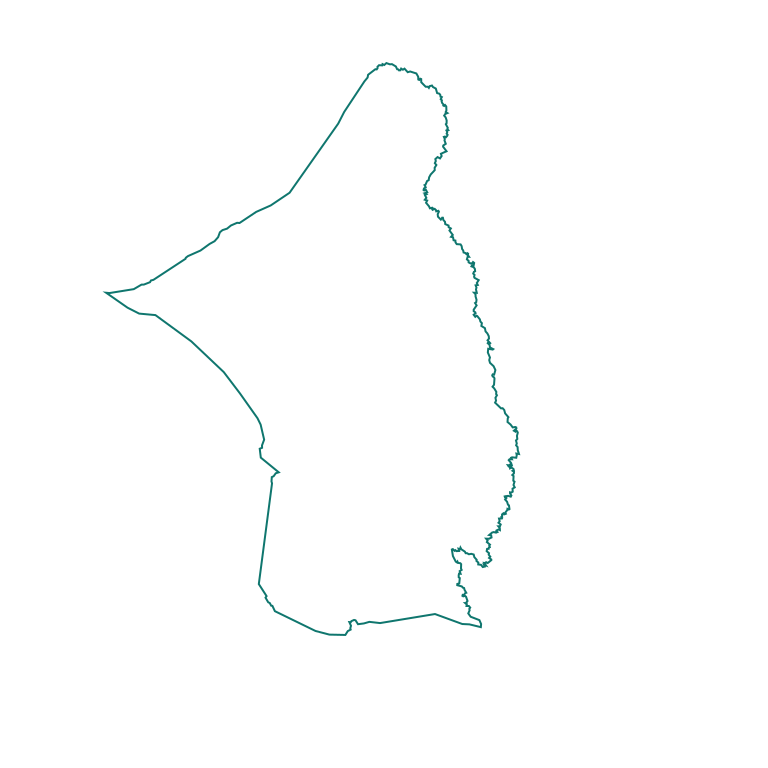 Sam Sung, Khon Kaen, Thailand (Equal Earth projection), rotated 320°
{"feature_id": "78962969B89494926735962", "entity_name": "Sam Sung", "entity_type": "district", "adm_level": 2, "iso_a3": "THA", "parent_name": "Thailand", "parent_adm1": "Khon Kaen", "projection": "equal_earth", "projection_center": [103.084, 16.556], "detail": "fine", "context": "isolated", "style": "outline", "palette": "teal", "viewbox_px": 768, "rotation_deg": 320, "n_neighbors": 0, "source": "geoboundaries", "source_scale": "gbopen_adm2", "svg_char_len": 6166}
<svg xmlns="http://www.w3.org/2000/svg" viewBox="0 0 768 768"><g transform="rotate(320 384 384)"><path d="M452.5,509.2L455.2,507.3L455.6,505.9L455.4,504.3L454.1,505.0L453.5,503.3L456.8,503.2L457.4,502.3L456.9,501.3L454.7,500.0L454.9,496.4L454.2,492.5L456.8,489.8L458.0,489.4L457.9,484.4L459.4,481.2L459.3,478.8L458.0,477.9L457.1,469.7L459.1,468.8L460.5,466.2L463.3,465.2L463.4,463.8L465.0,462.2L465.6,458.1L465.4,455.9L467.8,455.3L472.1,450.9L472.6,449.7L472.1,448.1L472.5,446.9L473.5,446.5L474.4,447.6L478.3,444.9L479.4,440.8L478.8,435.9L480.0,433.3L482.2,431.8L483.8,426.6L486.5,424.0L489.4,427.5L490.1,427.5L488.7,424.2L490.0,421.8L489.7,419.4L490.4,419.2L491.1,421.0L491.6,421.0L491.4,417.1L493.6,416.7L495.0,414.7L495.7,411.7L495.6,409.0L497.2,406.1L495.9,402.1L498.1,400.3L498.0,398.1L499.0,396.1L499.1,391.9L498.8,391.2L497.1,391.2L497.2,388.6L499.6,388.7L500.0,387.8L499.5,385.9L500.5,384.7L505.5,383.3L505.8,380.5L507.2,380.6L509.0,379.0L510.4,375.8L511.8,374.1L511.7,372.0L513.7,373.8L515.2,370.7L516.8,369.6L517.6,367.3L519.5,368.4L520.0,366.3L523.3,365.3L521.6,360.9L521.9,359.8L523.5,358.6L523.3,356.8L524.9,355.9L526.3,356.2L527.6,354.2L527.8,352.2L526.6,350.1L527.7,349.7L529.0,350.7L530.9,349.2L530.6,347.8L529.2,348.2L527.8,347.3L527.0,345.2L528.0,344.0L527.6,341.8L529.9,340.3L530.9,341.2L531.1,339.2L532.2,338.2L531.9,337.3L530.6,337.5L530.5,335.9L529.5,334.4L530.5,332.6L530.6,330.8L532.1,328.3L532.4,326.3L529.6,323.6L529.8,321.5L530.9,320.0L529.7,318.6L531.2,316.0L530.0,314.4L532.5,314.0L532.8,308.5L535.2,307.8L534.3,305.5L535.3,304.1L533.7,300.9L535.0,298.9L534.9,296.5L536.0,294.5L535.5,294.0L533.2,294.6L532.9,290.5L534.3,288.4L536.8,287.3L537.0,286.3L535.0,285.3L535.6,284.2L535.4,282.4L533.2,281.8L533.3,281.1L534.4,280.9L534.3,280.0L532.1,278.9L532.7,276.9L532.7,272.2L535.0,271.2L533.7,269.1L536.1,268.6L536.8,265.4L538.4,265.9L537.8,264.0L540.3,265.0L540.9,262.1L539.2,261.6L539.0,260.8L540.3,259.9L542.4,260.1L542.9,257.7L543.9,258.0L547.5,256.2L549.2,256.6L551.4,254.7L554.5,253.5L560.3,252.8L561.8,250.9L564.9,249.9L564.9,247.5L567.0,246.5L567.9,244.7L570.9,244.6L571.9,247.2L574.7,246.4L575.6,244.2L581.5,245.9L581.8,240.2L582.7,239.4L585.7,239.7L586.9,236.3L588.1,235.4L588.7,233.2L589.7,233.6L590.2,234.8L592.0,234.5L592.9,234.0L592.9,232.5L594.5,231.6L594.8,230.0L596.4,230.8L596.4,229.4L597.5,228.8L598.4,224.7L599.5,224.5L601.4,222.4L602.6,219.4L602.6,217.1L604.5,216.5L606.7,217.2L606.1,215.3L607.7,214.5L610.1,211.4L610.1,209.6L608.8,209.7L608.5,208.9L609.2,208.7L609.2,206.0L609.9,204.4L610.7,203.9L610.5,202.3L612.7,201.4L612.0,200.2L612.9,198.8L613.0,197.2L611.7,195.3L613.6,191.0L612.4,188.0L612.6,186.2L610.5,185.2L608.7,186.0L608.7,184.5L607.0,183.1L606.5,176.8L608.5,174.3L608.0,173.4L606.4,173.7L606.0,172.8L607.7,170.6L608.4,166.9L604.9,161.4L602.6,160.4L602.4,155.6L600.5,155.4L599.9,153.4L598.2,154.2L597.1,153.4L597.2,152.3L596.4,151.3L597.2,148.4L595.7,144.1L594.0,142.9L592.1,139.7L589.3,139.8L588.5,138.0L587.5,138.8L585.1,136.6L582.9,136.8L582.1,137.9L580.6,138.3L579.7,137.3L570.6,136.9L568.4,138.7L563.5,139.6L528.4,150.0L516.3,155.1L434.6,176.8L412.0,174.4L396.7,170.0L376.8,167.8L375.1,166.1L368.7,164.2L363.6,164.1L359.2,162.3L355.8,162.3L351.3,164.9L346.0,165.7L340.4,164.6L329.2,163.8L316.0,160.0L313.3,159.9L312.4,160.5L274.3,156.0L272.0,154.9L270.2,155.6L264.0,153.5L262.1,152.0L253.3,150.5L232.2,137.9L229.8,135.5L236.6,160.7L241.7,172.7L253.2,184.3L263.8,227.5L268.9,271.9L267.6,298.7L265.1,328.9L263.4,335.8L256.4,349.6L251.1,352.6L249.6,354.5L247.2,353.7L242.3,361.2L246.6,384.0L243.7,382.8L240.2,383.7L238.2,383.2L235.2,386.3L234.4,388.1L159.5,456.8L157.7,471.0L155.9,471.5L155.0,476.8L155.7,478.3L155.1,481.3L155.9,482.2L154.4,487.9L172.8,529.2L181.1,540.9L193.1,551.4L197.4,550.0L200.6,550.7L201.2,549.4L203.3,548.0L204.4,544.1L205.4,545.1L206.6,544.7L209.4,545.5L210.3,546.7L209.7,551.3L214.7,554.5L219.9,556.8L227.3,564.6L275.2,593.0L289.7,618.2L294.9,623.0L301.9,632.5L304.1,630.3L305.3,626.2L300.8,618.0L301.1,613.9L304.1,612.4L304.8,611.1L306.3,610.7L306.3,608.6L304.5,607.1L305.7,606.1L305.4,604.0L306.6,604.9L307.5,603.9L308.5,603.9L310.1,599.7L309.9,598.4L308.2,597.6L307.9,596.7L308.8,596.1L309.8,597.0L311.7,596.4L312.8,596.8L313.4,593.4L314.2,591.8L313.5,590.7L313.5,589.1L310.8,585.2L311.6,584.3L313.5,585.1L317.3,581.4L317.0,580.1L318.3,578.5L319.6,577.5L320.7,578.6L321.7,576.0L324.0,576.3L324.4,574.8L327.3,571.6L327.3,570.4L325.7,568.6L326.1,567.3L325.2,567.6L324.8,566.2L326.2,560.1L329.6,554.4L330.6,554.7L330.9,557.2L331.9,557.2L332.1,558.6L334.2,560.2L335.2,558.1L336.0,559.4L337.4,558.5L337.0,560.4L338.2,564.4L337.8,566.1L338.8,566.9L339.6,569.0L341.7,570.2L343.1,572.3L341.9,574.7L342.0,578.2L341.1,578.9L341.5,581.4L340.2,582.8L342.1,584.9L342.0,587.7L343.8,588.6L344.4,586.7L345.5,588.6L345.8,585.5L346.8,586.5L347.7,586.2L348.4,587.8L353.0,587.9L353.4,587.4L352.7,584.8L354.4,584.6L354.5,582.0L355.7,581.1L355.2,578.0L357.0,576.6L358.2,577.5L359.2,576.7L360.2,577.0L360.8,575.4L361.9,575.2L361.2,571.2L362.7,570.6L362.8,568.1L364.9,570.0L367.7,570.7L368.8,568.9L367.5,567.3L371.4,567.3L372.9,568.0L374.3,569.9L375.7,570.3L375.5,568.8L376.0,568.5L378.3,569.1L378.9,570.4L380.1,568.8L380.1,566.5L381.4,567.5L383.1,566.6L382.5,563.9L384.4,563.5L385.6,561.0L387.9,562.8L388.5,562.5L388.5,561.3L389.4,561.3L390.6,559.8L392.3,559.8L392.2,561.1L393.9,561.7L394.1,560.5L397.4,559.8L398.3,559.0L398.9,560.4L399.7,560.5L401.7,557.3L401.4,556.1L402.6,553.3L402.5,550.4L404.0,550.2L403.8,548.7L404.2,547.7L405.0,548.1L405.2,549.3L406.1,548.8L407.2,549.5L408.7,551.8L409.9,551.3L410.2,548.9L410.9,548.0L411.6,548.9L413.4,549.2L415.2,546.8L417.7,547.2L418.3,544.6L421.2,542.7L420.9,541.2L424.1,537.8L423.8,536.2L426.0,536.0L427.1,534.9L426.7,533.3L427.9,533.7L428.6,532.2L428.0,530.4L428.6,528.8L427.7,528.5L427.4,529.8L426.4,529.6L427.4,528.1L426.5,527.4L426.7,525.8L427.6,526.7L428.8,526.7L429.2,528.2L429.7,528.4L430.6,526.1L430.6,522.5L431.8,522.3L433.6,523.9L434.0,522.2L435.0,522.5L437.9,525.5L440.0,523.8L440.7,522.4L442.4,524.4L443.9,520.7L445.8,518.2L445.8,515.9L447.5,514.9L448.8,512.1L450.8,511.8L452.5,509.2Z" fill="none" stroke="#0f766e" stroke-width="2"/></g></svg>